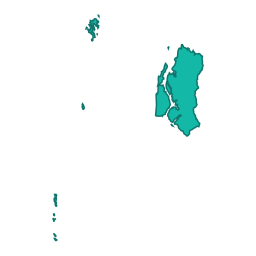 the district of Khura Buri, Phangnga, Thailand
{"feature_id": "78962969B83869415857059", "entity_name": "Khura Buri", "entity_type": "district", "adm_level": 2, "iso_a3": "THA", "parent_name": "Thailand", "parent_adm1": "Phangnga", "projection": "equal_earth", "projection_center": [98.156, 8.977], "detail": "fine", "context": "isolated", "style": "filled", "palette": "teal", "viewbox_px": 256, "rotation_deg": 0, "n_neighbors": 0, "source": "geoboundaries", "source_scale": "gbopen_adm2", "svg_char_len": 5666}
<svg xmlns="http://www.w3.org/2000/svg" viewBox="0 0 256 256"><path d="M198.9,53.5L197.9,53.9L195.5,53.8L194.6,54.6L194.8,52.9L194.2,52.0L193.9,52.1L193.5,51.7L193.1,50.6L192.2,52.3L190.5,51.9L189.7,50.5L189.1,50.2L189.1,48.7L187.9,48.0L187.3,49.4L187.2,49.0L184.9,47.6L184.0,47.5L183.4,46.9L183.3,46.1L182.8,45.7L182.4,44.6L181.6,44.7L181.4,45.7L181.5,48.8L180.4,48.8L180.0,48.1L179.2,48.4L178.7,49.0L178.0,51.0L177.4,57.5L176.7,58.1L176.3,57.6L175.3,58.2L174.6,59.3L174.7,60.0L175.2,60.6L175.9,60.5L175.5,63.3L174.5,65.5L172.2,68.2L172.1,69.2L172.5,70.0L175.7,71.7L175.9,72.5L175.6,72.6L175.5,75.1L176.0,76.3L175.3,76.8L174.3,76.3L172.8,73.6L172.0,73.6L171.7,74.3L170.1,74.4L170.0,73.3L169.4,72.7L168.9,74.2L167.9,75.4L167.3,78.0L167.2,79.4L167.8,82.3L169.1,85.2L171.3,88.4L171.1,88.7L171.4,91.0L171.1,92.2L171.5,93.8L172.3,94.2L171.7,96.5L171.9,96.8L172.2,96.4L172.5,97.0L172.3,97.9L173.3,100.9L173.2,101.5L174.3,101.6L175.9,100.1L176.9,100.3L176.7,100.8L175.2,101.8L176.1,105.0L177.5,104.5L177.2,106.9L177.9,107.3L178.9,108.8L178.6,109.1L178.7,109.7L177.9,110.0L177.0,109.1L176.2,109.3L176.2,108.7L175.6,107.1L173.9,107.2L173.6,107.5L173.7,107.1L173.4,107.0L173.1,107.4L172.1,107.5L169.3,110.5L169.0,111.2L169.3,111.8L167.9,113.7L167.7,115.8L168.7,117.0L169.1,119.2L170.2,119.8L170.3,120.7L170.9,121.4L172.5,122.3L173.0,122.0L174.0,119.9L175.2,118.9L176.2,118.6L176.5,117.9L177.6,117.1L179.1,115.3L180.9,115.1L181.1,115.4L180.2,116.5L179.1,116.5L178.5,117.0L178.0,118.0L178.5,117.7L178.0,118.6L178.1,119.1L174.8,122.2L174.5,122.9L174.6,124.1L175.5,124.0L177.4,124.7L178.2,125.9L178.6,127.9L179.4,128.8L181.3,130.8L182.9,130.9L184.1,133.8L185.8,134.9L186.8,136.0L187.7,135.8L189.5,133.9L189.4,132.5L189.8,130.5L192.2,129.5L194.3,127.9L195.4,127.6L196.9,126.2L198.8,126.7L199.7,123.8L199.6,123.2L198.7,122.8L196.8,119.2L196.0,119.2L196.2,118.2L195.4,116.6L195.4,115.3L194.5,114.5L193.7,112.8L193.4,108.5L194.8,107.1L195.5,107.1L197.0,104.6L196.5,103.5L196.1,98.4L195.4,97.5L195.5,96.7L194.6,95.0L195.4,93.3L195.1,91.4L197.0,89.3L197.2,88.6L198.4,88.2L198.4,87.1L197.4,85.8L197.0,84.5L197.2,83.0L196.7,80.8L197.0,79.7L197.6,79.2L197.4,77.8L197.9,74.9L198.3,74.3L198.9,74.2L199.9,72.7L199.8,72.1L200.8,71.7L200.8,70.8L201.2,70.3L202.0,70.0L202.2,69.3L201.9,68.7L202.5,68.1L202.4,67.2L203.1,65.7L202.3,63.4L202.5,62.2L202.3,60.0L201.9,59.4L202.5,56.2L200.9,55.6L200.5,54.5L198.9,53.5ZM162.8,85.2L158.2,85.5L158.1,91.3L157.6,93.1L157.2,93.3L157.1,94.3L156.6,94.8L156.3,94.1L156.1,94.5L156.5,105.2L155.6,115.4L156.2,116.0L160.2,116.2L161.6,115.8L162.4,116.3L162.4,115.3L165.1,114.3L165.3,112.9L166.2,112.1L167.4,109.0L169.1,107.9L169.4,106.3L170.3,104.8L169.5,100.9L168.7,98.5L168.6,96.8L166.9,94.3L166.2,93.7L165.8,91.6L165.3,91.5L165.0,92.0L164.1,91.6L164.3,88.3L163.8,87.1L163.3,86.9L162.9,86.1L163.1,85.6L162.8,85.2ZM167.4,66.3L167.0,65.2L165.9,64.3L165.9,63.7L165.5,63.4L164.4,66.3L164.1,68.4L162.5,71.3L161.5,71.6L161.5,73.1L160.6,75.9L160.1,76.7L159.1,76.6L158.8,76.2L158.5,76.5L158.3,78.5L158.5,82.8L157.9,85.1L158.7,84.3L159.5,84.3L161.1,82.8L161.8,82.6L162.2,80.1L163.8,78.9L163.6,77.7L162.7,77.4L162.7,76.1L163.9,72.7L165.1,71.9L165.7,69.8L166.8,68.1L167.4,66.3ZM96.6,19.4L95.3,18.7L94.3,19.0L94.2,20.0L93.0,20.1L92.8,20.9L92.7,20.6L91.5,20.9L90.4,20.5L90.4,21.3L89.8,22.7L90.8,22.9L91.4,25.1L91.0,25.3L90.1,24.4L89.0,24.7L89.7,26.1L90.7,26.0L91.2,26.4L91.7,25.9L92.2,26.1L92.6,28.0L93.4,28.4L94.5,29.9L94.8,29.3L94.1,28.2L94.2,27.4L93.1,25.1L93.1,23.6L94.4,23.5L94.6,24.3L95.9,25.5L96.1,26.1L97.6,26.9L97.9,28.2L98.6,27.2L98.2,26.0L98.6,25.6L96.9,24.6L96.7,24.1L96.8,23.1L97.4,23.2L98.5,22.3L98.4,21.2L98.2,21.1L98.0,21.7L97.6,21.6L96.7,20.7L96.6,19.4ZM171.0,90.7L170.8,89.3L166.6,82.3L166.1,84.8L166.4,88.2L169.9,94.5L170.7,93.6L171.0,90.7ZM92.0,27.7L90.5,27.8L90.6,28.4L90.0,29.2L90.4,29.6L89.9,30.4L88.3,29.3L87.9,29.5L88.0,30.0L88.5,30.6L88.8,32.3L89.9,32.9L90.5,32.6L91.2,32.9L91.1,33.8L92.8,35.2L93.3,37.7L95.0,37.3L94.4,33.8L93.4,33.5L93.6,32.2L91.7,31.9L91.7,31.3L92.9,30.4L92.5,28.3L92.0,27.7ZM56.2,197.3L55.4,197.2L55.8,197.7L55.6,198.2L54.4,198.2L54.0,199.1L54.4,199.9L54.2,201.0L55.3,202.6L55.2,204.0L55.5,205.5L55.9,206.1L56.5,206.1L56.7,205.8L56.0,203.9L56.5,202.8L56.0,202.4L55.8,201.8L56.4,198.5L56.2,197.3ZM83.5,109.3L84.3,108.0L84.3,107.6L83.4,105.1L82.6,103.8L82.2,104.8L82.5,106.4L82.1,106.9L82.9,109.1L83.5,109.3ZM55.0,238.3L54.3,238.4L55.5,240.4L56.0,240.6L56.8,240.0L56.0,239.2L55.4,239.1L55.0,238.3ZM173.5,72.3L173.2,72.5L173.3,73.5L174.7,75.4L174.4,73.4L173.5,72.3ZM53.2,218.6L52.9,217.9L54.0,221.8L54.0,221.5L54.2,220.1L54.6,219.8L54.5,219.2L53.2,218.6ZM92.4,38.6L91.6,39.6L91.7,40.6L92.3,40.8L92.6,40.3L92.9,40.2L92.8,39.0L92.4,38.6ZM55.4,236.3L55.9,236.1L55.8,235.7L53.6,233.3L54.8,235.9L55.4,236.3ZM55.9,194.3L55.2,194.8L54.6,194.5L54.6,195.0L55.2,195.5L55.7,195.4L56.3,196.2L56.7,195.4L55.9,194.3ZM54.6,215.0L54.1,214.0L53.8,213.3L53.7,215.3L54.2,215.6L54.6,215.0ZM87.1,27.6L86.5,27.3L86.0,28.9L86.8,28.8L87.1,27.6ZM172.7,125.9L172.0,125.0L171.0,123.9L171.7,125.5L172.7,125.9ZM168.4,48.6L168.8,47.3L168.5,47.0L168.0,47.6L168.4,48.6ZM173.0,101.2L173.0,100.3L172.7,99.6L172.4,100.2L173.0,101.2ZM98.9,15.8L98.3,15.4L98.3,15.9L98.9,16.6L98.9,15.8ZM175.3,104.9L176.0,105.1L175.6,104.1L175.3,104.9ZM172.5,99.8L172.1,98.9L172.0,99.8L172.2,99.2L172.3,99.9L172.5,99.8ZM97.3,34.0L96.7,33.5L97.2,34.3L97.3,34.0ZM175.3,75.9L175.3,75.5L174.8,74.6L174.9,75.5L175.3,75.9ZM177.4,118.6L177.6,118.3L177.6,117.9L177.1,118.2L177.4,118.6ZM55.3,218.9L54.8,218.6L55.7,219.7L55.3,218.9ZM163.2,85.9L163.3,85.3L162.9,85.1L163.1,85.3L163.2,85.9ZM180.0,115.8L180.1,115.7L179.5,115.7L180.0,115.8Z" fill="#14b8a6" stroke="#0f766e" stroke-width="1.5"/></svg>